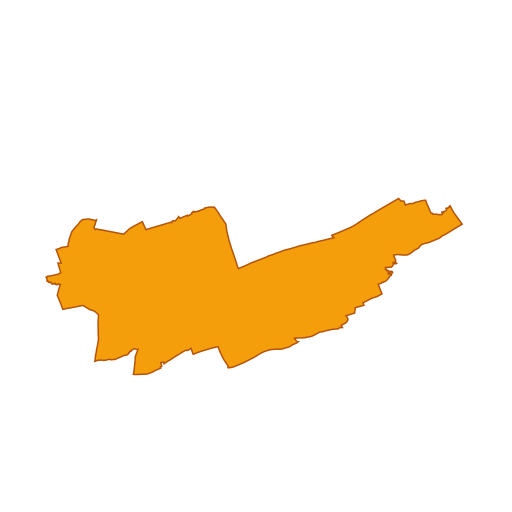 the district of Sopot, Dolj, Romania, rotated 158°
{"feature_id": "2599482B68085275929328", "entity_name": "Sopot", "entity_type": "district", "adm_level": 2, "iso_a3": "ROU", "parent_name": "Romania", "parent_adm1": "Dolj", "projection": "robinson", "projection_center": [23.496, 44.397], "detail": "fine", "context": "isolated", "style": "filled", "palette": "amber", "viewbox_px": 512, "rotation_deg": 158, "n_neighbors": 0, "source": "geoboundaries", "source_scale": "gbopen_adm2", "svg_char_len": 6049}
<svg xmlns="http://www.w3.org/2000/svg" viewBox="0 0 512 512"><g transform="rotate(158 256 256)"><path d="M457.3,315.3L457.7,315.1L458.4,315.1L458.6,314.8L458.3,313.8L458.5,313.6L458.4,313.2L458.8,311.9L459.1,311.4L459.1,310.7L458.9,310.5L458.3,310.4L457.8,310.1L458.1,309.4L457.5,308.9L455.8,308.3L456.0,307.9L456.0,307.5L455.9,306.9L455.4,306.2L454.5,306.4L454.1,306.3L453.7,305.7L453.4,305.6L453.3,305.8L452.6,306.0L452.4,305.9L452.5,305.5L452.5,304.9L452.4,304.7L451.7,304.2L451.4,304.1L451.1,304.2L451.1,303.9L450.7,304.0L450.4,304.3L450.1,304.0L450.0,303.8L449.2,303.6L448.0,303.0L451.4,299.0L452.7,297.0L455.0,294.1L454.9,284.3L455.1,278.9L449.9,278.0L446.6,277.2L435.9,275.2L434.6,274.6L434.3,274.4L433.9,273.6L430.3,268.7L427.0,265.9L426.6,265.5L425.2,263.2L424.1,260.7L424.3,259.9L426.0,256.4L427.4,253.4L431.8,242.0L432.7,239.1L433.3,237.8L435.2,234.5L438.5,229.4L438.8,229.1L440.0,226.9L441.8,224.2L442.1,223.5L443.1,222.1L443.2,221.5L444.9,218.7L442.9,218.7L440.8,218.3L439.1,217.7L438.9,217.5L438.0,217.4L437.2,216.6L436.3,216.3L434.8,215.8L431.1,215.2L429.9,214.8L429.3,214.0L426.1,213.2L425.7,212.9L425.1,212.8L424.1,213.0L418.0,213.1L416.2,213.3L415.6,213.2L413.7,212.7L412.6,212.6L410.9,213.1L410.5,213.4L410.3,213.9L409.5,214.0L409.2,214.2L409.0,214.4L408.8,214.9L407.9,214.5L407.6,214.5L406.7,215.1L404.9,215.5L404.2,215.8L403.0,215.3L402.2,214.6L401.1,213.8L400.4,213.7L403.4,210.4L405.9,207.5L407.6,203.4L407.9,203.1L411.8,195.8L414.0,192.2L412.9,191.6L410.4,190.6L401.6,187.5L399.2,187.2L395.2,187.2L391.1,187.7L388.3,187.6L386.3,187.8L386.3,188.9L384.7,189.0L384.2,192.7L381.4,192.4L381.6,190.5L377.2,191.5L374.1,191.9L369.6,192.9L356.7,195.0L355.6,194.3L354.6,194.1L353.7,194.1L350.8,194.7L351.1,188.4L346.5,188.4L340.7,188.1L343.4,188.3L342.3,188.2L330.0,187.0L325.1,186.1L325.3,181.3L324.9,173.8L324.6,172.0L323.3,165.3L323.0,164.5L323.2,164.1L323.7,163.5L323.8,162.9L323.0,162.4L322.3,162.5L322.0,162.3L320.4,161.8L318.3,161.6L307.4,161.7L294.6,162.9L290.1,163.8L288.4,164.0L284.4,164.3L282.6,164.2L278.7,163.9L276.7,163.5L271.8,161.9L268.9,160.7L266.3,159.9L262.3,159.7L260.8,159.4L258.7,159.3L255.9,160.0L251.6,160.1L250.3,160.2L249.2,160.6L250.0,160.8L251.2,165.3L247.4,164.2L242.8,162.4L240.2,161.7L239.2,161.8L237.4,161.2L234.6,160.7L231.7,160.8L229.9,161.1L225.9,161.5L224.3,161.3L222.7,160.8L220.1,160.7L216.3,160.0L214.4,159.8L213.6,159.5L212.5,159.4L211.3,158.9L209.2,158.5L208.0,157.8L207.3,157.7L206.1,157.9L205.2,158.3L204.1,157.7L203.6,157.6L202.7,157.3L203.0,159.4L203.1,159.7L202.9,159.8L198.8,160.2L197.1,160.6L196.2,161.1L194.9,162.1L194.3,163.4L194.5,165.2L195.0,167.0L192.7,166.7L189.3,166.5L185.9,166.1L185.0,168.1L184.5,168.6L183.7,169.9L183.5,170.9L174.4,169.9L174.3,172.5L165.0,173.4L162.0,173.3L159.1,173.0L153.4,173.7L153.3,184.0L149.8,183.8L148.3,184.4L148.0,184.1L146.4,184.0L145.0,184.2L143.5,184.7L141.6,185.8L140.5,186.3L140.4,186.5L139.7,187.2L139.1,187.3L138.1,187.3L137.6,187.6L137.3,188.0L137.1,188.5L138.4,189.3L140.1,189.8L139.9,190.5L139.7,190.8L137.5,189.5L137.2,189.0L135.7,189.3L135.4,189.6L135.4,189.9L135.6,190.4L135.9,190.9L136.7,191.3L137.6,191.5L138.2,191.2L138.2,191.9L139.0,192.5L138.8,192.9L139.6,193.3L140.4,193.4L140.4,193.6L139.9,193.9L140.0,194.6L140.3,194.9L140.8,195.0L141.0,195.3L141.0,195.6L140.1,196.5L140.1,196.8L137.1,195.7L136.3,195.8L135.0,194.9L133.6,195.3L132.1,196.5L130.9,197.1L130.1,196.9L129.2,196.4L128.4,196.5L129.1,197.4L130.5,198.1L131.5,198.4L131.4,198.6L129.6,198.0L128.8,198.0L128.7,199.1L128.2,199.5L128.0,200.0L128.1,201.2L128.2,203.8L128.1,205.3L125.9,204.8L124.4,204.4L118.8,201.6L116.6,200.7L115.1,200.3L114.3,200.3L112.2,200.5L108.8,201.4L107.7,201.8L106.3,202.1L102.7,202.4L99.5,204.1L97.8,204.6L95.7,204.5L90.7,203.8L80.4,203.8L77.7,204.2L76.5,204.7L75.8,204.9L71.3,205.2L65.5,206.3L52.9,208.3L56.1,221.0L56.6,223.7L57.3,229.9L58.2,229.7L58.4,229.0L61.1,228.4L61.2,229.0L62.0,229.0L62.0,228.7L61.6,228.3L61.7,228.0L62.0,227.5L63.3,226.7L64.2,226.7L65.1,226.9L65.2,226.7L65.7,226.7L65.9,226.5L66.0,226.4L65.7,226.1L65.9,226.0L66.5,226.2L66.6,226.3L66.5,226.8L67.1,227.1L67.2,227.3L67.6,227.6L67.3,227.2L67.2,225.8L67.4,225.8L67.5,225.6L67.6,224.9L68.2,224.8L71.6,226.2L73.5,227.5L75.7,228.1L76.3,228.5L76.4,229.5L77.4,230.0L77.7,230.3L78.0,241.2L77.8,244.1L79.1,244.6L82.9,245.4L84.7,245.5L87.9,246.0L89.1,246.0L90.6,245.9L93.6,246.9L98.4,247.4L98.3,251.5L101.0,252.7L102.2,255.9L128.1,252.2L130.6,251.6L134.6,251.2L141.9,249.9L151.8,247.8L156.8,247.1L167.4,246.8L178.0,246.8L178.1,246.6L176.9,243.8L185.4,245.0L193.8,246.3L196.5,246.5L197.5,246.9L209.9,248.7L211.0,249.0L217.4,249.5L224.7,250.3L225.6,250.6L226.2,250.6L229.1,250.8L232.4,250.8L236.0,251.1L239.3,251.0L244.7,251.4L246.7,251.1L262.6,251.4L270.5,251.0L277.0,250.9L277.1,253.2L276.5,260.3L275.9,271.7L275.2,279.9L274.9,282.4L273.6,290.7L272.0,296.8L272.3,298.6L272.6,299.6L272.9,301.0L273.1,302.9L273.7,304.0L273.8,305.7L274.0,306.4L274.3,306.9L274.6,310.2L275.0,311.4L275.9,315.6L276.4,316.9L281.6,319.0L283.8,319.3L285.7,319.7L285.9,319.1L292.6,319.3L292.6,319.0L295.8,319.8L295.9,319.6L296.9,320.0L296.7,320.3L297.4,320.5L296.9,321.2L298.1,320.5L299.6,320.0L299.5,319.2L304.3,318.6L304.3,319.4L307.9,319.5L311.7,319.4L312.3,319.3L313.0,321.5L314.5,320.4L317.7,318.8L318.2,318.8L319.3,319.7L320.0,319.8L320.7,319.6L321.4,319.0L321.5,318.5L322.4,319.2L348.2,321.7L348.5,330.4L357.7,329.5L362.5,328.8L366.4,327.4L370.5,325.8L390.4,338.7L392.2,339.6L393.9,340.9L394.9,340.6L395.7,342.7L394.7,344.2L393.2,345.7L391.7,347.8L390.4,349.1L390.3,349.3L391.1,349.2L392.2,349.4L393.4,350.4L396.6,352.6L397.6,353.1L399.7,353.7L402.4,354.6L403.4,354.7L406.1,353.8L408.6,352.2L413.1,350.1L415.5,348.8L416.1,348.3L416.8,348.1L417.5,347.6L418.4,346.8L419.0,345.9L422.8,341.7L423.9,339.8L425.5,337.9L426.4,335.7L426.4,335.4L427.4,335.6L429.0,335.7L431.2,336.4L433.9,336.8L435.5,336.6L438.9,336.9L439.3,322.4L442.3,323.6L443.3,313.6L447.0,313.2L448.2,313.7L449.1,313.7L450.9,313.9L452.4,314.3L453.6,314.4L456.8,315.3L457.3,315.3Z" fill="#f59e0b" stroke="#b45309" stroke-width="1.5"/></g></svg>